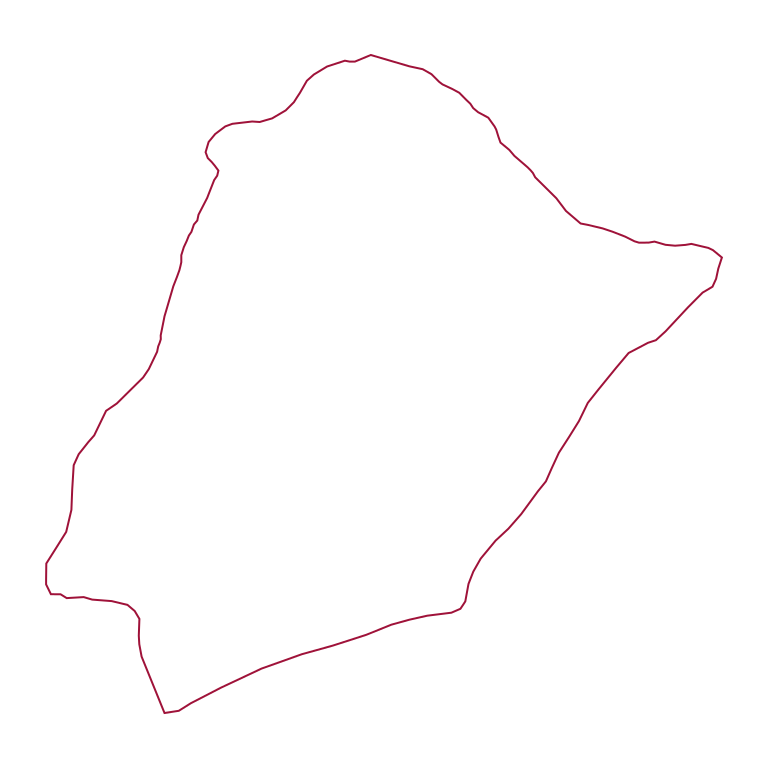 outline of Ramjar, Tashigang, Bhutan
{"feature_id": "84629894B19422058596981", "entity_name": "Ramjar", "entity_type": "district", "adm_level": 2, "iso_a3": "BTN", "parent_name": "Bhutan", "parent_adm1": "Tashigang", "projection": "mercator", "projection_center": [91.58, 27.409], "detail": "fine", "context": "isolated", "style": "outline", "palette": "rose", "viewbox_px": 768, "rotation_deg": 0, "n_neighbors": 0, "source": "geoboundaries", "source_scale": "gbopen_adm2", "svg_char_len": 2001}
<svg xmlns="http://www.w3.org/2000/svg" viewBox="0 0 768 768"><path d="M716.1,278.8L718.3,268.6L721.9,257.5L712.9,250.1L708.3,247.9L700.6,246.1L691.4,243.9L685.4,244.9L675.1,245.7L665.5,244.8L654.5,241.6L648.7,242.6L639.1,242.7L634.5,241.3L625.1,236.6L612.5,231.7L602.6,228.4L587.9,224.9L580.6,223.5L566.0,211.0L556.3,198.2L535.2,177.3L532.9,173.0L530.6,170.3L527.5,167.2L514.4,155.9L509.3,149.9L500.5,142.6L498.5,137.0L496.2,129.6L494.6,126.5L488.3,117.7L478.1,112.2L473.2,108.1L470.3,103.7L466.2,99.8L459.3,92.8L452.3,89.0L442.5,84.4L439.1,81.8L431.5,74.2L422.7,69.2L409.3,66.3L370.8,55.0L354.9,61.6L349.6,61.6L344.9,60.7L327.1,66.5L313.9,74.5L306.9,80.7L299.9,92.9L297.0,97.3L293.9,102.2L285.7,110.4L272.1,118.4L265.8,120.2L259.7,122.0L252.2,121.5L232.4,123.8L225.3,126.4L215.2,134.0L208.6,142.0L205.6,152.2L207.8,158.1L211.6,161.9L214.7,165.6L218.4,170.6L217.2,175.7L214.2,180.0L208.5,194.5L207.2,197.9L198.5,214.7L197.3,220.5L193.9,224.5L191.4,231.9L188.9,235.5L186.7,241.0L183.8,247.2L181.3,255.2L181.3,262.2L180.5,265.8L179.4,270.2L176.9,277.1L173.3,286.3L165.9,311.6L164.5,316.3L163.8,319.9L160.7,335.4L160.8,339.2L159.7,342.7L158.2,346.4L157.1,351.8L148.8,369.1L143.1,377.5L126.3,394.1L116.8,403.5L106.1,410.8L94.2,435.4L88.3,442.1L81.1,451.2L78.7,454.2L73.7,465.2L72.2,489.7L71.4,509.9L66.2,531.9L56.3,547.7L46.3,563.5L46.1,579.5L46.1,584.4L50.9,594.2L60.6,594.3L66.7,598.1L83.7,597.1L92.2,599.6L111.7,601.1L127.5,604.9L134.7,611.0L139.4,618.9L138.8,635.7L139.3,644.3L141.6,656.6L164.5,713.0L178.8,710.8L190.9,703.2L220.9,687.7L261.5,668.6L301.9,654.2L332.8,645.6L366.3,634.8L391.3,624.7L409.4,619.7L427.2,615.7L451.4,612.7L460.4,608.8L462.9,605.1L465.3,601.4L468.5,583.9L473.3,571.6L480.7,558.6L495.6,540.6L508.4,528.7L521.2,514.1L537.9,491.3L545.9,481.4L551.6,468.5L558.9,452.7L569.1,436.9L579.0,421.0L587.8,402.9L598.6,389.3L616.3,367.6L628.6,353.0L648.0,342.8L655.9,340.2L665.6,331.3L688.1,307.2L702.6,292.6L712.5,286.7L716.1,278.8Z" fill="none" stroke="#9f1239" stroke-width="2"/></svg>